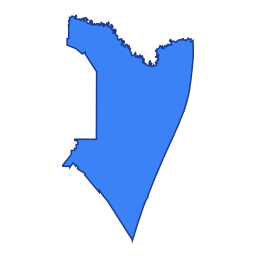 Matamoros, Tamaulipas, Mexico
{"feature_id": "50627088B46889164342382", "entity_name": "Matamoros", "entity_type": "district", "adm_level": 2, "iso_a3": "MEX", "parent_name": "Mexico", "parent_adm1": "Tamaulipas", "projection": "equal_earth", "projection_center": [-97.465, 25.556], "detail": "fine", "context": "isolated", "style": "filled", "palette": "blue", "viewbox_px": 256, "rotation_deg": 0, "n_neighbors": 0, "source": "geoboundaries", "source_scale": "gbopen_adm2", "svg_char_len": 5537}
<svg xmlns="http://www.w3.org/2000/svg" viewBox="0 0 256 256"><path d="M74.8,139.2L74.7,140.5L77.3,140.6L77.3,141.2L77.8,141.2L77.8,144.5L76.2,144.5L76.2,148.4L74.6,148.5L74.6,150.4L71.3,150.4L71.3,154.4L62.7,165.3L62.9,166.3L69.7,166.3L69.7,167.4L73.2,162.9L75.7,166.3L76.3,165.2L78.3,167.7L77.5,168.6L78.0,169.2L85.5,173.7L84.7,174.9L99.3,192.4L99.4,191.1L99.2,190.8L99.3,190.2L103.3,196.0L107.3,200.6L127.8,232.8L131.6,238.7L132.1,238.8L132.2,239.3L132.2,240.2L132.3,240.6L137.8,223.1L143.3,206.8L145.7,200.6L146.6,199.0L147.7,197.5L148.0,195.8L148.7,193.5L152.7,183.2L156.7,173.6L163.4,157.8L172.7,137.5L177.6,126.5L183.0,113.1L183.7,111.7L184.1,111.7L183.9,111.7L183.9,111.4L186.6,102.2L188.4,95.4L189.4,90.4L191.1,77.9L192.1,69.0L193.1,57.8L193.3,49.8L193.0,40.5L192.1,41.4L191.3,41.9L191.0,41.9L190.7,41.3L191.1,39.5L191.0,39.0L190.1,39.4L189.6,39.4L188.9,39.0L188.5,38.3L188.1,38.2L187.9,39.0L186.4,39.8L186.4,40.5L186.1,40.8L185.3,40.5L184.7,39.9L183.4,39.9L183.2,39.6L183.2,38.7L182.8,38.6L181.9,39.5L181.0,40.0L180.7,40.1L180.2,39.6L179.9,39.6L178.9,40.1L177.9,40.4L177.1,41.0L176.8,41.9L176.5,42.0L175.5,42.0L174.3,41.4L171.7,41.1L171.2,40.7L170.8,39.7L170.5,39.6L169.7,40.4L169.6,40.7L170.5,41.8L171.5,42.3L171.0,42.9L171.6,44.0L171.7,44.8L169.2,44.6L168.6,45.3L168.2,45.1L168.0,44.4L167.4,44.5L167.2,44.9L167.2,45.9L167.1,46.4L166.3,46.8L165.6,45.8L165.2,45.6L164.9,45.7L163.9,47.1L163.9,48.5L163.6,48.7L162.8,48.6L162.5,46.8L162.3,47.1L162.3,48.1L162.0,48.3L161.7,48.1L161.6,47.7L161.9,46.3L161.9,46.1L160.9,46.2L160.1,45.7L159.9,45.8L159.6,47.1L158.9,48.2L157.9,49.1L156.6,49.2L156.5,49.7L156.7,50.4L156.5,50.6L156.0,50.4L155.6,50.9L155.7,51.3L157.1,52.0L156.8,53.8L157.0,54.6L157.3,54.8L158.4,54.8L158.7,55.1L158.6,55.3L158.4,55.6L157.4,55.7L156.6,56.0L155.9,56.6L155.7,57.0L155.9,57.3L157.4,57.4L157.7,57.4L158.0,56.9L158.3,57.1L158.2,58.5L158.6,59.8L158.2,60.0L158.2,59.4L157.8,59.2L157.1,60.4L156.5,61.8L155.7,62.0L155.4,62.4L155.6,62.6L156.5,62.5L157.0,62.7L157.3,63.0L157.4,63.5L156.8,63.3L156.3,63.6L156.1,64.0L156.2,65.3L155.9,65.7L155.4,65.6L154.5,65.8L153.6,64.8L153.3,65.8L152.6,66.3L152.2,66.2L151.7,65.9L150.6,66.2L150.4,65.9L150.4,65.7L151.1,65.6L151.4,65.4L151.4,64.3L151.7,63.4L151.5,63.0L151.2,63.0L150.7,63.7L150.6,64.5L150.4,64.7L150.2,64.4L149.8,63.5L150.2,62.5L150.0,61.8L150.3,61.1L150.2,60.9L149.8,60.9L149.3,62.0L149.1,64.0L149.4,65.0L149.5,65.1L149.5,65.4L147.9,65.6L147.2,65.5L145.6,63.5L144.8,63.9L144.3,63.8L144.0,63.2L144.3,62.4L144.2,62.1L143.7,62.1L143.0,62.6L142.7,62.5L142.8,62.0L143.0,61.6L143.6,61.4L143.7,60.5L144.1,60.1L144.2,59.6L143.8,58.8L143.5,58.6L143.3,58.8L142.8,59.7L142.5,59.7L142.3,59.4L142.2,59.0L142.6,57.3L142.5,56.0L141.9,56.0L141.1,56.5L140.0,57.9L139.4,57.6L139.3,57.0L140.3,56.1L140.4,55.3L140.2,55.0L139.9,55.1L138.8,56.3L137.7,57.2L137.4,57.3L137.2,57.1L137.4,56.2L137.4,55.8L137.2,55.7L136.4,56.7L136.0,57.0L135.6,57.0L135.6,55.5L135.8,53.4L135.5,52.7L134.3,54.5L133.4,55.3L131.7,55.5L131.4,54.9L131.4,53.5L131.3,52.8L130.7,52.0L130.5,51.1L129.9,50.9L129.7,50.7L129.6,50.0L130.3,48.8L130.3,48.2L129.8,48.0L128.4,48.4L128.1,48.1L128.2,47.8L129.1,46.6L129.1,45.8L128.9,45.9L128.3,47.3L128.0,47.4L127.8,47.2L127.8,45.7L127.6,45.1L126.6,44.4L126.0,44.4L125.7,44.8L125.5,45.7L125.5,46.7L125.1,46.9L124.6,46.9L124.1,46.5L124.1,46.2L124.4,45.6L124.2,45.2L123.0,44.8L121.9,45.4L121.6,45.3L121.4,44.7L121.7,44.1L123.2,43.1L124.3,42.8L124.4,42.1L124.1,41.1L123.0,40.7L123.3,42.0L123.3,42.4L122.9,43.1L122.4,43.3L122.1,42.9L122.0,41.6L121.6,40.5L121.8,39.2L121.8,38.9L120.9,39.1L119.8,39.1L119.1,40.1L118.5,40.0L118.0,39.1L117.1,38.1L117.6,36.8L117.5,35.7L116.1,35.3L115.6,34.1L115.6,33.4L115.3,33.0L114.9,33.0L113.9,33.3L113.4,33.2L113.2,32.9L113.4,31.8L113.8,31.4L114.6,31.7L115.0,32.5L115.5,32.4L115.8,31.8L116.0,30.6L115.8,30.2L115.7,30.0L115.0,31.3L114.4,31.4L114.2,31.2L114.5,30.0L114.4,29.3L114.1,29.3L113.8,29.6L113.5,30.5L113.0,30.6L112.1,29.5L111.1,28.9L110.8,28.4L110.8,27.9L112.0,28.1L112.7,27.7L112.8,27.4L112.8,26.4L112.3,25.4L111.5,24.6L111.3,24.7L110.6,25.5L110.5,26.1L110.7,26.8L110.4,27.2L109.4,26.3L108.0,26.5L107.7,26.4L107.8,25.3L108.6,24.5L108.9,23.8L109.0,23.3L108.6,22.3L108.4,22.6L108.3,23.8L107.9,24.4L107.6,24.2L107.3,23.2L107.0,23.2L106.6,23.5L106.4,24.2L106.9,24.5L106.8,24.9L106.5,25.0L104.5,24.7L103.8,23.6L103.6,23.6L103.5,24.3L103.6,24.9L104.1,25.8L104.0,26.4L103.8,26.6L102.9,25.4L103.0,24.0L102.1,23.9L101.8,22.9L101.3,22.4L101.1,22.6L101.0,23.1L100.9,24.9L100.1,25.1L99.2,25.6L99.0,25.4L99.5,24.4L99.3,23.9L99.0,23.8L98.1,23.9L96.8,23.7L96.7,23.8L96.7,24.5L95.5,24.2L94.7,25.0L94.4,24.8L94.5,24.0L94.0,23.8L92.9,24.9L92.4,25.0L92.0,24.5L92.3,21.6L92.1,21.1L91.3,20.3L90.0,21.0L89.9,21.5L90.1,22.0L91.1,22.5L91.2,22.8L90.2,23.4L90.0,24.3L89.6,24.1L89.0,23.2L88.0,23.4L87.5,23.3L86.6,22.1L86.5,21.4L87.0,20.3L87.8,20.3L88.0,19.9L87.3,19.0L86.7,19.3L86.3,19.1L86.2,18.8L86.1,17.7L84.8,18.0L84.3,18.6L84.1,19.9L84.4,20.7L84.0,21.1L83.5,20.7L83.8,19.0L83.6,18.6L83.2,18.3L81.9,18.5L81.5,19.7L80.7,20.7L80.3,20.5L80.2,19.4L79.8,19.1L79.2,19.0L77.9,19.3L76.8,19.0L76.2,19.1L76.0,17.3L76.4,16.7L76.5,16.1L76.3,15.5L76.1,15.4L75.9,15.4L75.7,15.8L74.9,18.3L74.6,18.1L74.1,17.0L73.6,16.5L71.9,16.1L71.7,16.3L71.7,17.1L71.4,17.4L70.9,17.5L69.9,17.3L69.5,17.4L69.7,18.7L69.4,19.5L69.8,19.6L69.7,20.7L68.8,20.7L68.9,21.7L68.8,21.9L69.4,24.4L68.5,24.8L68.9,32.5L68.7,32.5L68.7,38.6L67.1,38.6L67.1,45.1L76.2,48.7L82.3,54.0L82.7,54.0L85.2,52.0L85.3,53.7L85.4,54.3L96.6,71.7L96.4,139.3L74.8,139.2Z" fill="#3b82f6" stroke="#1e3a8a" stroke-width="1.5"/></svg>